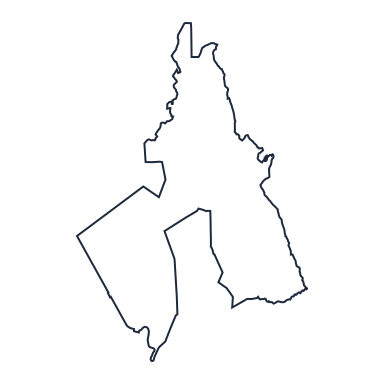 Machakos Town, Eastern, Kenya (Equal Earth projection)
{"feature_id": "3690345B82288903067354", "entity_name": "Machakos Town", "entity_type": "district", "adm_level": 2, "iso_a3": "KEN", "parent_name": "Kenya", "parent_adm1": "Eastern", "projection": "equal_earth", "projection_center": [37.261, -1.568], "detail": "fine", "context": "isolated", "style": "outline", "palette": "slate", "viewbox_px": 384, "rotation_deg": 0, "n_neighbors": 0, "source": "geoboundaries", "source_scale": "gbopen_adm2", "svg_char_len": 6000}
<svg xmlns="http://www.w3.org/2000/svg" viewBox="0 0 384 384"><path d="M307.0,288.6L306.5,287.8L305.3,287.0L304.9,286.1L304.1,285.5L303.8,284.7L303.9,283.8L303.5,283.1L303.3,281.5L302.2,280.2L302.4,279.5L302.8,278.6L302.5,277.7L301.1,276.3L300.8,275.5L300.3,274.9L300.0,272.1L299.6,271.8L299.8,268.6L299.5,267.8L298.5,267.0L297.0,266.4L296.4,265.4L296.2,264.2L295.9,263.4L295.9,262.7L295.5,260.7L295.2,260.0L294.1,258.3L293.9,257.4L293.1,255.9L292.6,254.6L292.0,254.4L290.9,254.6L290.8,251.2L290.3,249.6L289.3,247.1L288.5,245.8L288.5,244.9L289.1,243.6L289.1,242.8L288.6,242.2L288.2,241.4L287.7,239.7L286.7,238.1L286.5,237.1L286.1,236.5L285.5,236.4L285.1,234.2L284.8,233.4L284.4,229.9L282.2,223.5L281.9,222.5L281.7,219.9L281.2,219.1L279.6,217.2L279.2,216.2L278.2,212.4L277.9,211.6L277.7,209.3L277.1,208.9L276.0,207.5L272.8,204.5L270.6,201.8L270.3,201.1L269.0,200.1L267.0,197.2L264.7,195.1L264.4,194.3L264.3,192.6L263.9,191.8L262.7,189.3L261.6,188.3L260.4,185.1L263.5,180.8L265.9,178.7L268.0,178.0L269.4,176.9L269.0,168.9L269.7,166.9L270.9,164.8L271.5,162.1L271.5,161.0L271.7,160.1L272.2,158.9L273.1,158.2L273.4,157.2L273.5,156.5L273.4,155.5L273.1,154.7L272.6,154.3L272.0,154.5L271.6,154.9L271.4,155.6L271.0,155.2L270.3,155.0L269.6,155.1L268.1,156.6L267.6,156.0L267.1,155.6L266.4,155.6L266.1,156.2L266.9,157.7L267.1,158.6L266.9,159.3L265.4,157.6L264.7,157.5L264.5,158.4L265.6,160.2L265.7,161.1L265.1,161.2L264.7,161.0L264.2,160.4L263.7,160.2L262.8,161.2L262.0,162.5L260.9,161.9L259.4,160.7L258.2,159.5L257.6,158.5L258.2,156.1L258.3,154.6L258.7,153.5L260.5,152.6L261.2,151.8L263.1,150.3L262.2,148.0L260.7,148.3L258.8,148.3L258.5,147.5L257.8,147.5L257.1,146.8L256.6,145.4L254.7,143.7L253.2,142.1L252.9,141.5L251.7,140.6L251.2,140.0L250.4,139.6L249.5,138.6L248.7,137.4L248.2,135.9L247.7,135.1L245.8,135.6L245.2,136.3L244.8,137.5L244.4,138.2L243.5,139.2L242.1,140.5L241.4,140.1L240.9,139.5L239.9,138.9L239.4,138.3L239.2,137.7L239.2,136.9L239.4,136.2L238.1,134.3L236.5,134.3L235.7,132.9L235.3,132.4L234.8,132.2L234.7,131.4L234.9,130.5L234.8,124.6L234.9,122.3L235.4,121.2L234.8,120.3L234.9,119.6L234.5,118.6L234.4,117.2L233.6,112.3L231.2,104.2L230.4,102.5L229.8,100.0L229.1,98.2L227.7,98.7L227.7,96.9L227.6,96.2L227.2,95.4L227.1,93.6L227.3,93.0L227.6,91.3L228.0,90.5L228.0,89.9L228.1,89.0L227.3,87.9L225.5,86.5L224.9,85.4L224.5,81.5L223.9,78.3L223.9,77.5L224.6,75.3L224.5,74.4L224.2,73.9L223.5,73.2L222.8,71.2L222.2,70.3L221.9,69.2L221.2,69.1L220.6,68.5L219.8,68.0L218.9,66.5L218.4,66.2L217.6,65.3L216.3,63.0L215.6,62.4L214.9,61.1L214.5,60.6L213.9,59.1L213.6,55.6L213.5,54.9L213.0,53.6L213.2,52.2L213.4,51.5L214.2,50.2L214.7,49.7L215.9,49.3L215.9,47.2L216.2,46.5L217.0,45.4L217.3,44.7L216.3,44.2L215.4,44.2L214.0,43.2L211.2,43.1L208.2,44.6L205.1,45.8L203.4,47.3L202.5,47.5L201.3,50.3L201.2,51.1L200.6,53.0L198.9,56.5L198.4,57.0L191.6,57.0L191.2,27.9L190.9,23.2L185.5,23.0L184.9,23.2L184.2,23.7L180.5,30.7L180.1,31.2L179.0,33.3L178.5,33.9L178.2,34.8L177.9,35.7L177.8,37.0L177.8,38.5L178.4,39.5L178.3,43.1L176.7,47.2L176.2,48.9L175.9,49.6L174.9,51.2L173.7,52.4L172.9,54.0L171.9,55.3L171.6,55.9L172.3,56.8L172.8,58.2L173.9,60.2L174.9,61.0L175.1,61.6L176.3,62.0L176.7,63.1L177.7,66.1L178.1,66.9L178.8,67.6L179.1,68.4L179.5,68.9L179.8,69.6L179.9,70.8L180.4,71.8L180.1,72.3L178.0,73.0L176.8,69.7L175.1,72.6L173.2,75.2L173.0,76.1L173.4,76.8L174.1,77.4L174.8,78.8L175.7,79.6L176.7,81.0L176.8,81.9L174.3,84.3L173.8,85.0L173.7,85.9L173.8,86.8L174.2,87.7L175.4,89.0L175.8,89.7L176.3,91.6L176.8,92.1L177.2,93.0L177.4,94.5L176.8,95.7L176.4,97.8L175.8,98.8L174.4,99.1L173.0,100.3L172.4,100.4L172.8,103.0L172.6,104.0L171.9,104.0L171.6,102.4L171.2,101.9L170.7,101.8L169.9,101.9L169.0,102.3L168.0,103.5L167.2,104.1L167.3,105.5L167.1,108.7L168.9,108.4L169.6,108.0L170.4,108.1L170.0,112.0L170.5,113.5L171.3,114.7L171.3,116.0L171.8,116.5L173.1,116.5L172.4,118.6L172.1,119.2L171.6,119.6L169.0,121.2L167.4,121.2L166.6,121.5L166.3,122.3L165.7,122.9L165.0,123.4L163.9,122.7L162.4,122.6L161.3,122.9L160.8,123.5L160.6,126.0L160.2,127.6L156.6,132.4L155.6,134.5L157.2,136.5L155.5,138.4L155.2,140.0L154.6,140.4L153.5,140.1L152.8,140.1L151.5,140.4L148.9,139.4L148.1,139.6L147.0,140.4L144.4,143.4L145.6,162.0L151.8,162.2L159.6,161.7L161.4,161.9L162.1,162.1L165.5,179.6L158.9,197.2L143.3,186.5L77.0,236.0L108.4,292.5L107.9,293.0L110.1,297.4L110.8,296.8L126.5,325.0L127.8,326.5L129.2,327.4L130.4,328.1L134.0,329.1L134.0,331.2L138.8,332.5L139.3,330.5L140.7,330.2L141.7,329.3L142.6,328.1L144.2,327.0L145.0,326.8L146.0,327.0L147.4,327.7L148.0,328.5L148.6,330.0L148.9,332.0L148.5,335.2L147.7,339.1L147.7,340.2L148.6,345.2L148.9,346.2L149.6,347.0L153.6,348.4L154.2,348.9L154.6,349.7L154.5,350.5L154.2,351.3L153.0,352.7L152.0,355.5L150.9,357.7L150.6,358.7L150.7,359.6L150.9,360.1L151.5,360.9L152.3,361.0L152.8,360.8L153.4,360.5L153.7,359.9L154.7,356.3L158.9,347.4L165.3,341.5L171.2,326.4L175.9,315.3L177.4,314.3L176.8,296.7L174.6,260.0L174.2,258.0L164.5,231.1L185.6,217.7L196.9,211.0L197.8,209.8L198.5,208.6L201.3,209.3L206.4,211.1L207.0,211.1L207.7,210.8L210.3,211.0L210.6,221.7L210.7,231.1L210.9,238.5L210.9,245.3L210.8,246.2L212.4,249.6L213.1,251.9L213.1,253.1L213.4,253.7L213.9,254.3L214.4,254.3L222.6,272.5L218.4,282.3L226.7,288.1L232.9,296.9L232.2,307.5L247.2,298.9L251.6,299.0L257.0,298.0L258.1,296.8L259.6,299.1L260.1,299.4L260.8,299.2L264.0,299.0L264.7,298.6L265.7,298.9L266.2,300.4L266.9,301.4L267.5,301.8L268.2,301.6L268.8,301.2L269.3,302.1L272.0,302.1L272.8,303.0L273.6,303.6L274.9,303.1L277.8,301.3L279.1,301.6L279.8,301.6L281.0,302.1L281.7,302.2L283.4,302.2L284.6,301.7L285.1,301.6L285.8,300.7L287.4,299.8L288.2,299.5L288.8,299.6L289.4,299.3L290.1,299.5L290.8,298.7L291.4,297.2L291.8,296.7L292.3,296.5L293.7,296.4L294.0,295.5L294.7,294.5L295.3,294.3L295.8,294.8L296.5,294.6L297.4,293.4L298.6,292.6L299.2,292.7L299.6,292.4L300.1,292.6L300.4,293.1L300.8,292.7L301.4,291.5L301.9,291.2L302.3,290.5L302.8,290.5L303.3,290.9L303.9,290.7L304.3,289.8L305.0,289.1L306.5,289.4L307.0,288.6Z" fill="none" stroke="#1e293b" stroke-width="2"/></svg>